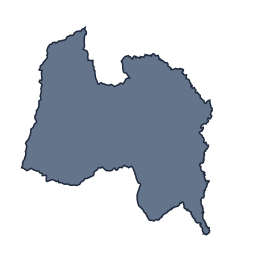 Mae Wang, Chiang Mai, Thailand, rotated 10°
{"feature_id": "78962969B90127177876527", "entity_name": "Mae Wang", "entity_type": "district", "adm_level": 2, "iso_a3": "THA", "parent_name": "Thailand", "parent_adm1": "Chiang Mai", "projection": "equal_earth", "projection_center": [98.727, 18.674], "detail": "fine", "context": "isolated", "style": "filled", "palette": "slate", "viewbox_px": 256, "rotation_deg": 10, "n_neighbors": 0, "source": "geoboundaries", "source_scale": "gbopen_adm2", "svg_char_len": 5826}
<svg xmlns="http://www.w3.org/2000/svg" viewBox="0 0 256 256"><g transform="rotate(10 128 128)"><path d="M102.3,180.7L102.4,177.0L105.1,174.3L105.9,172.1L108.2,172.2L109.4,170.9L113.7,173.6L117.2,173.5L119.3,172.7L121.6,169.8L123.5,171.5L124.4,171.5L126.1,168.4L127.6,168.0L128.8,168.3L130.8,165.4L133.2,166.4L134.3,166.1L135.4,167.0L138.1,165.1L139.5,166.2L141.9,169.9L142.9,172.2L144.2,174.1L144.6,175.6L147.2,179.8L147.7,180.3L149.8,180.7L150.3,181.4L149.5,184.8L149.5,186.9L149.0,188.3L148.6,192.6L149.4,196.6L150.6,199.9L152.2,202.8L156.8,205.8L159.0,208.6L159.9,208.7L164.4,214.6L166.0,215.2L167.4,214.7L169.7,215.1L171.1,213.5L172.4,213.3L173.4,213.6L174.1,212.8L174.7,212.7L175.2,211.3L176.2,210.5L176.4,209.8L176.8,209.9L177.6,207.3L180.8,204.8L181.6,203.6L181.6,203.0L182.2,203.0L183.4,201.1L183.6,201.3L184.9,200.7L185.0,199.7L185.4,199.9L186.4,198.5L187.3,198.3L187.7,197.6L190.7,196.4L192.0,194.6L192.1,193.0L193.3,192.9L194.0,191.6L194.7,191.4L195.4,191.9L196.2,194.0L196.7,194.4L197.0,196.7L197.7,197.3L198.8,197.4L199.7,198.6L200.5,198.7L200.9,198.0L201.4,199.1L203.3,199.2L204.1,200.0L204.9,199.8L205.2,200.4L205.0,201.6L205.6,202.4L206.5,202.9L206.7,204.1L207.7,204.6L208.5,205.7L209.1,205.6L210.0,206.3L209.9,207.4L211.3,208.8L212.9,209.5L214.3,209.0L216.4,209.2L216.5,210.3L215.8,210.5L215.7,211.0L216.6,212.3L219.0,213.8L218.8,215.2L219.6,217.0L220.6,218.0L220.6,219.0L221.3,218.7L222.4,219.4L223.1,218.9L223.7,219.5L226.1,217.0L226.2,214.8L225.7,214.5L225.3,212.1L224.3,212.0L223.5,212.4L223.0,211.3L222.4,211.0L222.3,210.4L221.7,210.4L221.4,208.6L220.4,208.1L220.2,206.9L219.5,206.4L217.1,203.6L217.0,201.8L216.6,200.5L217.2,198.1L216.8,197.8L216.0,198.1L216.7,196.8L216.0,196.0L215.7,194.7L215.9,194.0L215.0,193.4L215.0,192.3L213.5,190.7L212.8,188.9L212.7,186.8L211.9,186.4L213.1,183.9L214.5,183.6L214.7,183.1L214.7,181.1L214.0,178.9L214.4,177.8L213.8,176.6L215.0,175.8L214.8,174.2L215.6,172.0L215.8,169.0L215.5,168.6L216.5,167.7L216.5,167.1L217.1,166.6L217.0,166.0L213.4,166.6L213.5,165.5L212.7,164.8L211.2,162.1L211.4,161.6L212.0,161.4L212.0,160.7L210.4,160.0L210.6,159.2L211.2,159.3L211.3,158.4L209.7,157.8L208.7,158.0L207.1,156.5L206.6,155.4L206.4,153.2L205.4,153.1L204.8,151.2L205.6,151.0L205.9,149.9L207.0,149.8L208.3,148.8L207.9,147.1L208.6,146.1L207.5,145.2L208.1,143.7L207.6,142.2L208.0,141.7L207.9,140.4L207.2,140.0L207.4,138.4L207.7,137.5L208.4,137.3L208.4,135.9L209.7,134.7L210.4,131.7L210.0,131.5L210.1,131.0L208.8,131.2L208.0,130.6L207.9,129.3L207.4,128.7L207.0,129.0L206.5,128.7L205.8,129.3L205.2,129.1L204.9,127.9L205.1,126.5L203.9,124.3L203.1,124.2L202.3,122.5L199.8,121.1L199.0,120.0L199.9,118.9L201.2,118.3L202.2,115.7L201.9,114.2L200.3,115.3L199.8,115.1L199.5,114.1L200.0,112.7L202.0,110.7L204.2,110.5L204.6,109.0L205.5,108.4L206.1,107.3L206.0,106.8L204.9,105.7L205.0,104.5L205.5,104.2L207.0,104.9L208.3,102.8L208.2,101.2L206.9,100.7L207.0,97.5L208.0,96.4L207.3,95.2L207.5,94.0L205.8,92.9L205.8,91.8L204.6,89.7L203.7,86.3L201.7,87.6L200.7,89.0L200.3,90.4L199.8,90.5L198.9,89.9L198.0,87.9L196.0,87.2L195.4,86.2L194.0,85.8L193.4,83.3L191.9,82.5L190.2,80.9L188.4,81.5L188.3,78.9L187.2,78.1L186.2,76.6L184.8,77.7L184.2,77.6L183.7,76.2L183.9,75.2L183.6,75.0L182.6,75.9L182.4,73.6L180.6,71.8L180.1,70.2L178.3,69.4L176.7,69.3L176.3,65.5L174.6,66.1L173.6,65.7L173.1,64.7L172.0,64.6L171.8,63.0L172.6,62.1L172.4,61.0L170.9,60.4L170.0,60.9L169.0,60.3L167.7,61.4L166.9,61.0L165.8,61.4L164.5,61.0L162.3,62.6L160.4,63.0L160.2,62.0L159.7,62.2L158.7,60.8L156.5,60.1L156.3,58.1L155.0,56.9L152.9,57.2L151.0,55.9L149.7,55.4L149.0,55.8L148.2,54.5L146.8,55.2L146.5,53.6L145.0,51.3L142.5,52.1L140.6,50.4L139.4,50.8L138.6,52.0L138.7,53.0L138.3,53.3L137.7,52.4L136.0,53.0L134.4,52.6L134.0,53.3L132.2,52.6L132.2,53.4L131.2,55.0L131.3,55.6L127.9,55.5L128.1,56.7L127.6,57.2L126.8,56.7L125.5,56.7L124.3,56.8L124.1,57.4L123.7,57.5L123.3,57.3L123.2,56.2L121.5,56.1L120.7,57.5L120.7,58.8L120.0,59.4L117.7,57.4L116.5,57.5L115.8,56.7L113.0,58.0L111.7,59.7L109.8,63.5L111.3,65.2L112.7,70.7L113.8,73.5L114.5,74.1L117.0,74.4L120.9,78.5L119.3,78.7L117.4,80.2L116.4,83.5L115.4,85.3L112.7,85.1L111.2,86.9L107.5,89.5L104.2,88.0L103.4,88.1L102.2,89.2L98.4,89.3L97.0,88.7L95.1,88.8L93.7,88.0L91.1,90.2L87.4,84.3L85.9,79.9L85.5,77.3L84.2,76.8L83.9,73.7L82.5,72.2L81.8,67.7L81.2,67.4L79.9,68.4L78.4,67.8L77.0,68.3L76.0,65.0L75.8,62.2L74.7,59.9L73.8,59.2L70.3,58.4L70.8,56.5L71.0,54.6L70.0,51.8L69.2,45.0L69.8,43.3L70.5,43.1L70.5,41.4L70.2,40.4L68.3,38.5L68.3,36.5L67.0,38.0L65.7,38.6L64.9,40.5L61.0,41.7L60.0,42.4L58.5,44.0L58.3,45.4L57.5,46.3L54.8,46.8L53.8,47.9L52.5,48.5L51.9,49.3L51.6,51.1L50.6,52.3L47.6,53.3L46.5,54.3L45.2,54.1L42.4,56.9L41.2,56.2L38.8,57.1L38.3,58.8L37.1,59.0L36.1,59.9L35.9,61.6L35.4,61.7L34.8,64.0L34.9,66.1L36.0,69.1L35.3,70.4L36.1,71.1L36.3,72.9L33.1,78.4L32.9,79.7L30.9,82.1L31.1,84.4L30.3,86.1L31.1,86.5L33.3,86.2L33.2,89.1L35.0,95.6L34.7,96.0L33.0,96.1L32.5,97.6L32.9,98.4L34.8,99.2L35.8,100.5L35.5,101.9L35.8,102.9L35.4,103.8L35.5,104.9L36.3,106.5L36.0,111.9L37.4,114.3L36.9,115.6L35.9,116.5L35.6,117.4L36.3,120.4L36.4,122.2L35.8,125.5L34.8,126.4L35.3,130.1L34.2,132.2L34.8,135.0L36.7,137.0L36.9,137.8L36.7,138.6L35.1,140.5L34.5,143.9L32.5,146.2L33.0,148.0L32.8,149.4L33.1,150.5L32.3,154.7L32.4,156.1L31.8,156.4L31.2,158.2L30.5,158.5L29.8,161.0L31.0,162.5L31.6,164.8L31.3,165.9L31.6,167.3L31.0,168.9L31.7,170.0L32.0,173.3L31.3,175.2L31.6,176.3L30.4,179.4L30.2,181.2L30.8,182.2L30.1,185.6L32.3,185.9L35.7,187.5L37.2,186.7L39.6,184.6L43.0,185.8L46.1,186.2L47.7,186.0L48.8,187.4L51.4,187.8L51.8,189.8L55.0,188.9L56.0,189.2L56.5,193.8L57.4,194.8L62.8,191.8L66.5,193.1L67.2,193.1L68.4,192.2L69.3,193.8L72.4,193.5L74.9,194.4L78.4,193.7L81.2,194.4L85.6,193.4L87.1,193.6L90.1,191.9L91.1,189.5L93.6,187.4L94.1,185.4L96.5,184.8L102.3,180.7Z" fill="#64748b" stroke="#1e293b" stroke-width="1.5"/></g></svg>